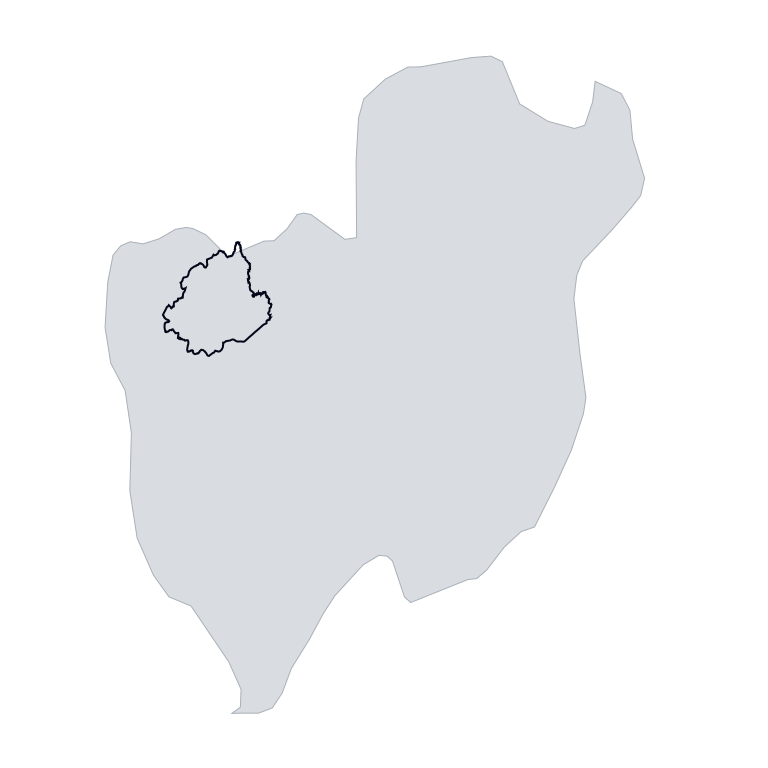 location of Ngoma, Eastern, Rwanda, rotated 176°
{"feature_id": "39286606B28964371534134", "entity_name": "Ngoma", "entity_type": "district", "adm_level": 2, "iso_a3": "RWA", "parent_name": "Rwanda", "parent_adm1": "Eastern", "projection": "equal_earth", "projection_center": [30.488, -2.198], "detail": "fine", "context": "in_parent", "style": "outline", "palette": "ink", "viewbox_px": 768, "rotation_deg": 176, "n_neighbors": 0, "source": "geoboundaries", "source_scale": "gbopen_adm2", "svg_char_len": 7121}
<svg xmlns="http://www.w3.org/2000/svg" viewBox="0 0 768 768"><g transform="rotate(176 384 384)"><path d="M305.1,183.4L314.0,183.1L372.6,164.2L378.4,170.1L387.9,206.8L392.9,212.1L401.1,213.4L417.5,205.0L447.7,176.3L460.8,158.9L476.3,134.4L496.2,106.8L507.2,82.7L518.0,68.7L532.1,64.4L547.8,65.5L558.7,66.0L549.8,71.7L547.9,89.4L558.2,117.6L591.9,175.9L613.3,186.6L627.3,209.3L641.0,247.5L645.0,295.4L639.4,352.9L642.7,395.6L655.1,423.7L658.3,460.0L652.5,504.7L645.3,531.5L636.9,540.3L627.3,543.6L614.4,540.6L598.6,544.4L581.4,552.8L570.6,554.0L563.8,552.4L551.2,545.2L531.1,522.1L493.8,534.9L483.6,534.6L469.9,545.6L458.8,559.1L452.0,560.1L445.1,558.2L412.9,531.0L401.1,531.9L396.3,608.4L390.9,650.9L384.3,669.8L361.3,688.1L338.1,698.5L325.4,697.8L274.4,703.5L254.5,703.6L243.5,697.3L229.1,653.9L202.1,634.6L176.1,625.6L165.6,628.1L156.2,650.8L152.3,671.2L127.1,657.2L119.6,640.0L118.9,610.9L109.7,571.1L114.8,554.1L124.6,543.1L145.5,522.1L177.3,492.9L184.1,479.0L188.6,455.8L186.5,401.9L183.5,356.4L187.2,340.2L201.7,305.0L221.2,269.0L243.8,230.9L257.5,227.2L275.5,212.8L294.4,191.4L305.1,183.4Z" fill="#d9dde1" stroke="#a8b0b8" stroke-width="1"/><path d="M493.6,456.1L493.5,456.9L492.5,458.1L493.4,458.0L493.3,458.3L493.0,458.8L492.9,459.8L492.5,460.8L493.3,460.6L493.6,460.8L494.6,462.3L494.3,463.4L493.3,464.3L492.8,466.9L492.7,467.8L492.6,468.0L491.6,468.3L491.2,469.8L490.7,471.1L490.8,471.3L491.0,471.0L491.5,471.8L492.8,472.4L493.3,472.8L493.4,473.1L493.4,473.6L493.0,474.2L493.2,474.8L493.0,475.9L492.4,476.4L492.5,476.8L492.9,477.1L493.4,478.0L493.8,478.0L494.6,478.4L494.6,478.7L494.1,478.8L494.0,479.0L494.5,479.5L494.9,479.1L495.1,479.1L495.1,479.9L494.9,480.0L494.8,480.3L495.5,480.5L495.6,480.8L495.7,481.2L495.7,483.0L495.9,484.1L496.0,484.2L496.4,484.0L497.3,484.1L497.1,483.8L497.4,483.3L497.5,483.3L497.8,483.8L498.1,483.6L498.3,482.8L499.9,481.9L500.0,482.2L499.6,482.4L499.6,482.6L499.8,483.0L500.1,483.2L500.3,483.1L500.7,482.0L500.8,482.4L500.8,483.3L501.0,483.3L501.0,482.6L501.1,482.3L501.3,482.2L501.8,482.4L502.0,483.1L502.8,483.0L502.9,483.5L503.2,482.6L503.7,482.1L504.1,482.4L503.9,483.0L504.3,483.2L504.5,482.2L505.0,481.8L505.4,482.7L505.5,482.8L506.4,482.5L506.8,481.3L507.7,480.1L507.9,480.1L508.2,480.9L508.7,480.6L508.8,480.8L509.1,481.4L509.0,481.8L508.9,482.0L508.3,482.2L507.6,483.1L507.6,483.9L507.8,484.4L508.5,484.8L508.8,485.4L509.6,485.8L509.9,486.3L510.2,486.3L510.9,487.1L511.3,490.4L511.1,490.9L510.8,491.3L510.8,492.5L511.0,492.8L510.9,493.3L511.1,494.0L511.5,494.3L511.3,494.7L511.4,494.9L512.1,494.6L512.1,495.6L512.4,496.0L512.2,496.4L512.3,496.7L512.5,497.0L512.5,497.9L512.5,498.0L511.9,497.7L511.7,498.2L511.2,498.3L511.0,498.7L511.4,500.0L511.0,500.1L511.1,501.0L511.5,502.0L511.8,502.5L511.9,504.4L511.7,504.8L511.8,505.3L511.1,506.4L510.8,505.8L510.6,505.8L510.7,506.2L511.1,507.1L510.5,507.0L510.1,508.0L509.6,507.9L509.5,508.3L509.9,508.9L509.9,509.2L509.9,509.4L509.6,509.6L509.6,510.3L509.3,511.0L509.7,511.7L509.7,512.1L509.6,512.5L509.3,513.1L509.9,513.9L510.4,513.7L510.7,514.5L511.5,515.1L511.9,516.2L513.4,517.5L513.5,517.9L513.5,519.2L513.7,520.1L514.1,520.3L515.0,520.3L516.2,521.6L516.1,522.4L516.6,523.1L517.3,525.8L517.7,526.1L517.8,526.5L517.8,527.1L517.2,527.6L517.5,528.3L517.6,529.2L517.9,529.6L517.7,530.1L517.3,530.1L517.5,530.8L517.8,531.0L517.5,531.9L517.6,532.2L517.7,532.6L517.9,532.9L518.6,532.9L518.7,533.0L518.9,533.6L518.7,534.4L519.1,534.2L519.2,534.4L519.1,535.1L519.5,535.1L519.7,535.7L519.9,535.7L520.1,535.0L520.5,535.3L521.1,534.9L521.5,535.3L521.7,535.1L521.7,533.8L522.1,532.8L522.4,532.8L522.6,532.4L523.2,530.0L523.0,529.0L523.5,528.6L523.6,527.1L523.8,526.7L524.7,526.1L525.0,525.1L525.3,525.0L525.4,524.8L525.7,523.7L526.8,522.4L527.3,522.2L528.3,522.4L529.1,521.9L529.9,522.1L531.2,521.3L531.8,521.8L532.0,522.2L532.5,522.8L533.2,524.8L534.5,526.1L534.6,527.2L534.9,527.3L535.8,526.8L536.4,527.7L536.8,528.0L537.9,528.0L538.9,528.5L539.6,527.9L540.5,525.8L541.4,525.4L542.3,524.5L544.3,524.2L545.0,524.9L546.9,522.1L551.9,520.5L551.9,519.6L552.2,518.6L551.9,515.5L552.3,514.8L552.2,514.5L552.9,513.8L553.5,512.7L554.5,512.7L555.1,513.2L555.4,513.6L555.6,514.6L556.1,515.5L556.5,515.9L557.6,516.6L558.0,516.7L558.1,517.1L558.7,517.3L558.9,517.1L559.4,517.3L560.2,516.9L560.4,516.4L561.3,515.7L561.8,515.8L562.2,515.5L562.8,515.5L563.5,514.7L564.8,514.6L568.2,512.6L568.6,512.3L569.1,511.6L569.3,511.7L569.2,511.7L569.4,511.3L570.1,510.5L570.8,509.3L571.5,506.8L572.5,505.1L573.2,504.7L575.6,504.2L576.2,504.3L576.5,504.0L576.9,503.6L577.5,502.5L577.7,501.5L578.0,501.1L578.1,500.8L579.1,499.6L579.9,499.3L579.3,497.6L579.4,495.3L579.2,494.3L579.0,493.8L578.6,493.5L578.2,492.7L577.6,492.7L577.3,493.0L576.3,493.2L575.8,493.1L575.3,493.4L576.2,490.8L576.8,489.9L577.6,489.1L578.1,488.0L578.7,484.9L578.7,484.2L579.1,484.1L579.3,484.4L579.8,484.2L579.8,484.4L580.1,484.2L580.2,483.9L580.8,483.5L583.1,483.6L583.5,483.5L583.6,482.2L584.0,481.9L584.1,481.5L584.6,481.5L584.9,481.0L585.4,480.8L586.3,480.9L586.8,480.5L587.5,480.5L587.7,480.1L588.2,478.1L588.2,476.6L588.3,476.0L589.4,476.1L589.6,475.3L590.3,474.9L590.8,474.3L591.0,474.4L591.2,475.2L593.2,477.7L594.1,476.5L595.3,475.9L596.2,474.1L599.1,469.5L599.7,468.2L599.4,467.8L599.2,467.2L598.8,466.9L598.7,465.9L598.3,465.4L598.1,465.4L598.0,465.2L597.8,465.0L597.5,464.4L596.7,463.7L594.5,462.7L594.0,461.8L594.5,461.6L594.4,461.3L594.7,461.2L594.7,460.9L595.2,460.7L596.4,460.8L597.9,460.4L598.1,459.7L598.5,459.4L598.7,458.6L599.0,455.6L598.7,452.8L598.3,451.1L597.4,450.9L596.8,451.2L596.9,451.4L596.5,451.2L596.2,451.3L595.8,451.3L595.0,451.8L594.6,452.3L593.9,452.7L593.2,452.7L592.4,452.8L592.2,452.6L591.7,453.2L590.9,453.3L590.3,452.3L589.9,451.3L588.7,449.8L588.5,449.2L585.7,449.3L585.6,447.4L585.9,446.9L586.1,446.3L586.1,445.5L586.4,444.3L586.1,444.2L585.7,443.6L585.3,443.4L585.0,444.7L583.9,444.2L583.7,443.9L583.4,442.8L582.4,443.0L582.2,442.7L581.0,442.1L580.2,442.1L580.0,441.9L579.6,441.2L578.6,441.2L577.7,441.5L576.7,441.3L576.2,439.7L576.4,437.5L577.0,436.2L577.3,434.8L577.6,433.9L578.0,431.8L577.5,429.9L576.6,429.8L576.1,430.3L575.6,430.1L574.7,430.4L574.3,431.0L572.8,431.0L572.3,430.5L572.6,429.5L572.2,429.0L571.9,427.9L570.8,427.1L570.5,427.2L569.6,427.1L568.5,427.3L568.2,427.7L567.7,427.5L567.1,427.5L566.6,428.3L566.1,428.4L565.5,429.7L564.7,430.1L563.9,430.9L563.6,430.8L563.5,430.7L562.5,430.6L561.7,430.1L561.0,429.4L560.4,429.0L560.2,428.4L559.6,427.9L558.8,426.4L558.4,425.3L557.9,424.7L556.7,424.2L552.6,426.9L551.4,427.2L550.0,429.0L547.0,427.9L545.6,428.0L544.6,428.7L543.5,429.6L542.3,431.7L542.0,432.8L541.9,433.8L541.5,435.2L541.7,435.7L541.6,436.3L541.4,436.2L539.3,437.2L539.1,437.5L538.4,437.8L534.7,438.1L532.8,438.8L531.9,439.0L531.3,438.9L530.1,438.4L529.0,437.4L527.4,436.6L523.8,436.4L521.2,436.0L520.2,436.2L516.4,439.1L515.9,439.6L512.1,442.4L511.3,443.1L510.1,443.9L509.7,444.4L506.8,446.4L505.9,447.2L505.2,447.6L500.9,451.0L499.8,451.7L497.1,452.7L496.9,452.9L496.9,453.2L496.8,454.9L496.4,455.5L495.7,455.5L495.3,456.0L495.0,455.8L494.8,455.8L493.6,456.1Z" fill="none" stroke="#020617" stroke-width="2"/></g></svg>